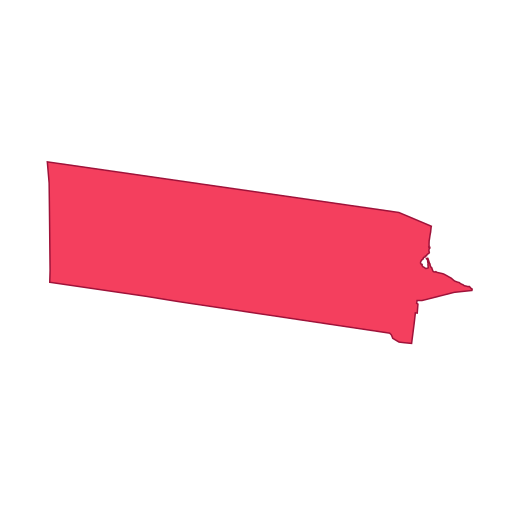 Gagaifomauga II, Gaga'ifomauga, Samoa, rotated 97°
{"feature_id": "51752279B51367049300585", "entity_name": "Gagaifomauga II", "entity_type": "district", "adm_level": 2, "iso_a3": "WSM", "parent_name": "Samoa", "parent_adm1": "Gaga'ifomauga", "projection": "robinson", "projection_center": [-172.418, -13.533], "detail": "fine", "context": "isolated", "style": "filled", "palette": "rose", "viewbox_px": 512, "rotation_deg": 97, "n_neighbors": 0, "source": "geoboundaries", "source_scale": "gbopen_adm2", "svg_char_len": 1431}
<svg xmlns="http://www.w3.org/2000/svg" viewBox="0 0 512 512"><g transform="rotate(97 256 256)"><path d="M309.4,361.0L310.7,327.6L312.8,248.0L316.3,113.9L317.7,112.1L320.3,110.6L321.0,110.3L321.7,108.8L324.0,103.6L324.0,98.9L323.8,90.9L304.4,90.8L300.8,90.8L293.0,90.9L293.0,89.0L284.0,89.4L283.4,90.8L280.5,90.7L280.0,85.9L267.9,54.8L263.9,37.5L262.5,37.4L261.9,38.6L260.5,40.2L260.2,40.8L260.6,41.7L260.3,43.3L260.1,45.7L259.2,47.2L259.0,48.3L258.3,50.0L257.6,51.0L257.4,52.7L256.6,55.9L255.8,57.2L254.2,59.5L253.1,62.3L252.4,63.9L251.0,67.5L250.7,69.3L250.2,74.5L249.6,75.6L250.1,76.2L250.0,77.5L249.9,78.0L249.2,78.7L247.0,79.8L246.4,80.0L245.7,81.0L243.8,82.2L242.9,82.2L242.1,82.9L237.8,84.9L237.3,85.2L237.5,86.1L237.9,86.5L238.9,85.3L241.4,84.7L242.4,84.3L243.6,84.3L246.7,83.6L247.0,84.0L247.7,85.7L247.7,86.3L247.0,87.2L246.3,89.1L246.1,89.2L245.2,90.1L244.3,90.0L243.9,90.4L244.0,91.1L242.9,91.9L241.4,91.8L240.5,91.3L239.7,91.1L239.3,90.4L238.8,90.2L238.4,89.6L237.7,89.8L236.8,89.2L236.5,88.2L236.1,87.8L235.4,87.9L234.9,86.7L233.8,86.5L233.1,85.8L232.3,84.7L231.2,84.4L230.1,84.9L228.7,85.1L227.6,84.9L227.0,84.4L226.3,84.5L226.6,85.3L225.9,85.7L225.0,85.3L224.5,85.5L223.1,85.7L219.6,86.0L218.2,85.9L213.7,85.8L211.0,85.6L205.7,85.7L205.1,85.6L195.4,119.5L188.0,474.6L208.9,470.2L229.6,467.4L250.5,464.6L267.1,462.4L295.6,458.6L307.2,457.5L309.4,361.0Z" fill="#f43f5e" stroke="#9f1239" stroke-width="1.5"/></g></svg>